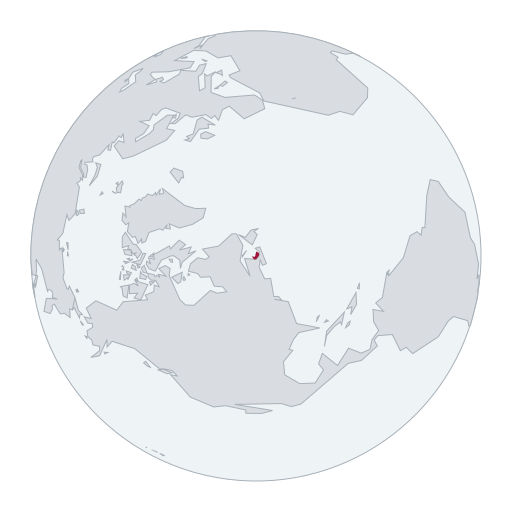 the Earth from above Prince Edward Island, rotated 280°
{"feature_id": "CAN-687", "entity_name": "Prince Edward Island", "entity_type": "Province", "adm_level": 1, "iso_a3": "CAN", "parent_name": "Canada", "parent_adm1": "", "projection": "orthographic", "projection_center": [-63.312, 46.509], "detail": "fine", "context": "on_globe", "style": "filled", "palette": "rose", "viewbox_px": 512, "rotation_deg": 280, "n_neighbors": 0, "source": "natural_earth", "source_scale": "10m", "svg_char_len": 11414}
<svg xmlns="http://www.w3.org/2000/svg" viewBox="0 0 512 512"><g transform="rotate(280 256 256)"><circle cx="256" cy="256" r="225" fill="#eef3f6" stroke="#a8b0b8"/><path d="M227.9,479.5L228.8,479.6L225.7,479.2L224.6,479.1L224.0,477.8L229.1,475.7L230.7,461.1L225.5,456.7L208.1,449.5L187.0,427.2L192.2,419.8L187.8,414.6L202.3,403.9L198.8,389.9L193.7,386.9L188.5,391.1L171.6,378.1L166.2,365.4L118.0,325.9L113.8,317.0L115.1,306.7L106.2,260.8L106.7,299.1L101.9,288.8L99.4,273.5L102.6,272.5L103.3,252.0L100.0,240.6L105.6,215.9L124.2,192.6L124.2,199.3L128.6,193.4L128.9,184.9L128.0,180.8L143.7,152.8L147.0,129.1L140.5,125.2L147.9,123.7L130.5,119.3L127.5,111.0L135.5,118.4L139.9,117.7L140.2,110.8L144.8,108.7L147.5,104.3L153.0,102.5L157.3,107.5L160.9,106.7L160.8,101.9L166.3,97.5L165.8,104.6L175.2,97.9L184.1,106.1L178.4,128.4L187.9,133.1L194.1,156.9L198.2,153.8L203.1,161.5L209.6,160.9L208.9,166.0L214.6,161.3L214.0,156.8L216.4,153.4L220.1,152.8L219.9,158.9L218.0,160.1L219.9,161.7L218.2,165.1L221.1,163.1L220.4,170.9L226.7,162.5L230.8,168.2L228.8,173.6L221.8,173.8L199.7,188.7L195.5,195.1L196.7,203.5L214.2,217.1L212.6,224.2L215.7,233.3L219.9,228.7L219.0,220.1L227.6,214.4L225.4,205.1L228.6,201.6L229.3,192.1L237.0,192.9L244.1,198.9L243.9,207.0L247.0,210.1L253.5,202.1L259.3,217.5L273.7,228.6L274.4,233.0L264.2,241.2L248.2,241.2L235.1,253.7L251.5,245.2L252.8,257.0L256.4,259.0L260.9,258.4L263.5,253.9L265.6,258.1L250.2,267.6L248.0,263.9L252.9,260.8L245.4,261.1L235.0,268.5L236.5,274.3L219.2,280.6L220.1,285.1L216.8,289.2L216.6,281.6L216.6,295.7L196.5,307.7L196.2,331.3L188.0,311.4L179.8,307.2L169.8,304.8L169.5,308.6L156.6,301.4L144.0,304.9L137.9,321.2L141.2,336.3L155.6,342.3L160.6,336.4L171.6,338.2L162.3,355.3L181.3,363.2L178.6,376.4L183.9,384.5L193.8,384.8L203.9,389.8L211.6,383.3L223.7,380.5L223.6,391.2L230.6,382.0L237.2,387.7L261.5,387.7L259.6,390.2L280.1,401.5L302.7,404.1L307.9,410.3L305.2,414.9L313.1,414.7L313.3,417.4L345.1,413.7L361.5,414.3L361.1,422.5L347.5,435.7L335.5,454.1L311.2,464.0L305.2,469.3L286.7,476.6L271.9,477.6L276.5,478.9L268.5,480.2L259.0,480.5L257.7,481.1L250.6,481.0L255.6,481.3L252.4,481.3L227.9,479.5ZM43.1,199.3L44.9,195.5L43.7,200.2L43.1,199.3ZM46.0,191.6L45.4,193.2L45.9,191.6L46.0,191.6ZM46.5,189.4L46.2,191.0L46.3,189.5L46.5,189.4ZM46.9,186.9L46.7,188.1L46.9,186.9ZM194.4,338.7L216.2,352.8L203.2,352.2L205.7,350.7L200.3,345.4L190.1,339.4L178.8,339.1L194.4,338.7ZM48.2,182.0L48.6,180.6L48.6,181.4L48.2,182.0ZM205.5,328.1L201.7,326.6L205.5,327.2L205.5,328.1ZM126.8,179.5L128.4,185.0L126.5,193.7L124.6,189.2L126.8,179.5ZM131.2,163.9L133.2,165.6L128.0,171.3L128.5,168.5L131.2,163.9ZM134.9,123.2L135.3,126.9L133.3,124.1L134.9,123.2ZM146.9,104.0L145.4,103.7L147.5,101.6L146.9,104.0ZM225.0,192.4L227.1,192.3L225.9,194.1L225.0,192.4ZM223.3,188.5L220.4,190.7L219.2,189.2L221.0,187.9L223.3,188.5ZM157.7,97.1L161.6,94.1L158.4,98.0L157.7,97.1ZM227.2,186.2L217.4,186.4L215.3,183.8L220.5,176.7L227.2,186.2ZM164.3,92.9L173.6,85.9L170.9,84.5L183.7,84.9L171.6,90.5L168.1,95.4L167.6,92.6L164.3,92.9ZM212.2,155.7L213.0,160.4L208.9,157.1L212.2,155.7ZM209.0,154.5L192.8,150.1L193.5,143.2L198.8,145.9L196.9,137.8L205.1,136.5L208.0,140.7L206.0,145.3L210.7,141.3L209.0,154.5ZM189.4,86.6L192.3,85.8L190.1,87.6L189.4,86.6ZM217.0,151.8L213.7,151.4L214.0,145.3L220.7,145.0L218.4,147.0L217.0,151.8ZM192.3,136.4L193.7,132.0L200.8,129.7L202.3,127.8L205.4,135.8L192.3,136.4ZM220.3,148.1L224.1,145.1L227.4,147.5L220.2,151.8L220.3,148.1ZM211.3,143.9L211.7,141.0L213.7,142.5L211.3,143.9ZM241.1,154.9L237.1,154.2L237.0,151.0L241.1,154.9ZM225.3,143.8L224.2,143.0L223.7,141.7L226.8,140.3L225.3,143.8ZM210.2,133.8L212.8,133.9L209.3,130.4L214.4,128.7L215.5,134.5L217.2,131.3L218.8,130.9L217.9,136.2L210.2,133.8ZM228.4,135.1L231.6,142.4L239.0,144.1L239.3,147.0L227.3,143.7L228.4,135.1ZM222.3,135.2L226.2,135.8L224.7,138.9L221.1,140.5L222.3,135.2ZM217.6,125.6L209.4,126.6L209.4,125.4L217.6,125.6ZM230.9,135.0L230.1,133.3L231.6,134.7L230.9,135.0ZM222.0,127.7L219.1,128.2L219.2,126.7L222.0,127.7ZM230.9,129.6L231.9,131.9L229.5,132.9L230.9,129.6ZM227.0,128.2L227.9,126.1L228.0,132.0L225.7,128.6L227.0,128.2ZM222.6,126.3L221.7,125.6L223.8,126.3L222.6,126.3ZM239.3,124.5L240.0,131.6L234.8,133.8L234.8,126.6L239.3,124.5ZM430.4,113.5L430.0,113.0L434.0,118.1L436.7,122.9L434.7,121.9L437.8,127.1L442.3,129.5L438.7,124.2L431.3,114.6L432.5,116.0L442.1,129.0L450.7,142.6L458.3,156.9L464.9,171.6L463.4,168.2L452.9,163.1L450.3,159.5L450.0,159.3L449.6,159.0L454.0,165.8L450.4,164.7L461.6,171.1L465.7,177.5L467.0,177.0L472.3,192.9L476.3,209.1L479.2,225.6L480.9,242.2L481.3,259.0L480.4,275.7L478.3,292.3L475.0,308.7L470.5,324.8L470.6,324.4L472.7,316.7L470.3,309.2L471.2,295.1L469.3,293.9L466.0,302.3L463.1,300.9L460.6,305.2L440.8,336.9L431.3,338.3L411.9,327.0L413.0,313.4L407.2,302.9L410.0,236.9L417.3,231.2L427.1,200.3L429.5,198.0L435.7,208.0L448.9,196.5L444.5,184.2L449.2,171.0L447.7,158.9L434.3,141.9L436.7,161.2L429.9,158.6L422.2,137.8L419.0,121.8L416.2,120.3L412.2,125.9L405.3,118.2L410.1,127.7L412.7,126.8L415.8,133.0L413.6,134.2L411.2,131.3L410.4,135.4L421.9,149.0L425.8,149.6L427.5,164.6L434.2,167.3L436.8,173.6L426.6,171.6L422.8,168.0L408.9,171.7L412.9,176.7L426.4,173.8L424.9,176.6L430.5,184.2L425.1,180.7L409.3,183.3L406.8,197.9L414.3,226.6L410.6,235.2L402.6,239.1L389.1,220.6L398.9,203.6L394.3,197.5L383.1,195.6L387.1,190.8L383.7,188.2L386.5,181.9L381.5,168.8L382.9,162.3L372.3,153.4L371.6,149.1L378.1,155.4L383.4,156.6L386.1,141.5L384.0,137.5L376.9,133.2L378.5,129.9L371.2,127.7L368.4,118.2L365.7,128.2L357.2,124.2L350.8,116.9L347.5,117.6L357.9,129.7L362.5,133.0L367.3,132.8L379.4,144.4L380.4,150.5L365.8,145.8L365.6,154.2L354.4,147.5L333.1,117.8L328.6,107.9L339.7,97.2L345.7,100.9L344.8,106.3L353.7,103.9L349.1,102.8L350.5,100.3L342.7,96.5L343.3,94.6L334.8,94.4L334.7,91.7L340.0,91.9L328.4,84.6L325.7,78.8L322.8,78.1L320.4,79.1L318.6,71.5L316.6,71.4L316.3,73.8L312.1,75.2L303.9,75.0L303.7,72.4L306.6,72.1L312.6,67.9L320.4,67.9L319.5,66.9L312.6,66.3L305.4,71.3L300.5,72.0L303.1,69.0L301.8,70.1L299.3,69.7L296.7,66.9L293.4,70.1L266.3,70.5L258.5,65.7L263.8,62.6L244.6,61.8L237.3,57.5L237.2,59.6L227.8,61.3L230.0,62.6L229.2,63.7L206.3,69.9L200.8,69.7L190.7,75.7L190.6,76.9L194.1,77.3L183.7,84.9L170.9,84.5L171.7,81.7L163.1,83.7L166.3,77.3L165.0,73.3L173.5,65.8L171.7,63.7L168.5,64.8L163.6,63.2L164.7,56.8L177.9,56.9L179.1,67.8L179.8,62.6L183.9,62.5L186.7,60.0L186.9,56.8L184.3,57.2L206.1,47.2L214.9,39.9L204.0,42.4L198.4,42.5L198.9,38.9L213.4,34.8L229.3,32.3L245.4,31.0L261.6,30.8L277.7,31.8L293.7,33.9L309.6,37.2L325.1,41.6L340.3,47.1L355.0,53.7L369.3,61.3L383.0,69.9L396.0,79.5L408.3,90.0L419.8,101.3L430.4,113.5ZM416.9,264.1L418.7,267.8L416.9,264.1ZM420.9,111.8L415.6,102.7L408.8,99.9L406.2,96.3L404.8,96.9L408.3,99.8L403.7,100.8L398.1,94.8L394.0,93.3L395.7,96.3L406.7,107.3L413.4,105.7L418.6,110.8L420.9,111.8ZM262.3,387.6L265.2,389.5L261.3,389.7L262.3,387.6ZM201.0,356.7L205.8,357.8L208.2,360.0L204.5,360.0L201.0,356.7ZM241.9,361.4L247.5,362.6L241.5,363.4L241.9,361.4ZM219.7,354.6L237.4,360.8L225.8,363.4L214.7,359.4L222.5,359.3L219.7,354.6ZM202.6,335.0L205.6,336.4L204.5,338.6L202.6,335.0ZM208.3,328.6L207.1,328.6L205.8,326.5L208.3,328.6ZM253.7,256.4L255.0,255.8L259.5,256.2L257.2,258.1L253.7,256.4ZM280.7,246.6L283.5,253.6L279.9,249.7L277.2,253.5L266.3,250.3L274.1,235.0L272.5,242.3L280.7,246.6ZM253.8,242.4L259.9,245.8L252.9,242.8L253.8,242.4ZM362.4,181.4L366.4,180.4L369.7,184.9L367.7,194.4L362.9,187.9L362.4,181.4ZM371.1,178.1L357.2,171.5L357.9,165.7L359.9,170.0L361.7,166.9L365.4,173.0L379.6,174.4L383.4,178.6L377.8,193.2L377.5,185.9L373.7,187.1L371.1,178.1ZM320.5,169.0L314.5,167.2L323.7,156.9L328.3,159.8L326.7,169.1L320.3,171.2L320.5,169.0ZM238.2,174.2L235.3,175.0L235.3,173.1L237.8,171.0L238.2,174.2ZM239.3,154.8L250.9,169.0L248.2,170.6L258.3,177.6L255.0,184.6L248.6,179.6L253.6,190.6L246.5,188.9L250.7,196.0L236.8,184.3L230.6,183.7L238.7,181.7L241.9,175.3L241.4,172.3L235.4,163.5L223.6,159.4L224.9,152.8L228.9,149.3L231.9,149.2L230.2,153.4L235.5,150.4L235.2,156.5L239.3,154.8ZM275.3,117.5L271.9,121.3L282.5,118.3L282.3,123.5L283.6,122.9L286.3,127.0L291.8,131.0L290.6,133.4L293.2,134.0L295.1,136.9L298.3,138.6L297.4,143.6L301.2,146.1L298.6,147.1L305.5,150.2L299.9,150.2L301.8,154.3L306.2,152.1L293.3,177.2L292.2,188.5L294.3,198.2L284.5,197.4L276.3,188.2L270.2,175.6L272.7,165.1L267.8,167.0L267.5,162.6L271.5,163.0L265.2,159.8L266.1,156.4L260.6,146.6L251.1,144.7L248.9,141.3L253.0,140.4L247.9,137.7L254.3,133.7L252.8,131.2L257.7,125.1L266.5,125.0L264.2,122.3L267.8,117.8L275.3,117.5ZM241.0,122.8L251.6,121.0L256.7,123.2L246.2,133.1L246.6,135.8L240.0,142.7L232.8,139.6L235.3,137.8L236.1,135.5L238.1,137.4L237.1,134.1L240.5,131.7L240.7,128.5L244.1,128.8L241.0,122.8ZM427.9,191.6L428.9,189.3L429.6,184.9L433.1,189.9L427.9,191.6ZM417.3,193.6L417.7,190.8L423.0,195.1L421.9,197.8L417.3,193.6ZM413.3,185.8L417.3,190.3L414.4,189.4L413.3,185.8ZM377.9,152.8L377.7,149.8L379.5,150.4L381.7,153.0L377.9,152.8ZM306.7,111.2L304.0,112.7L302.8,111.7L294.8,111.7L294.4,108.0L299.0,106.6L306.7,111.2ZM437.3,147.4L440.4,153.3L439.4,153.9L438.6,151.7L437.3,147.4ZM438.7,172.4L440.5,168.3L439.6,173.8L438.7,172.4ZM304.8,107.3L301.6,107.6L303.4,105.6L304.8,107.3ZM293.6,105.4L294.9,102.9L293.4,107.6L293.6,105.4ZM296.2,79.6L307.8,83.4L315.8,84.4L319.9,82.0L319.2,87.4L306.8,85.8L296.2,79.6ZM270.0,71.7L266.5,74.4L264.7,72.6L265.2,71.7L270.0,71.7ZM270.3,73.8L272.3,78.4L268.1,79.5L267.4,75.6L270.3,73.8ZM289.0,91.9L292.5,93.2L291.0,94.7L289.0,91.9ZM187.1,41.5L185.4,42.1L184.3,42.4L187.1,41.5ZM189.4,40.8L188.6,41.8L178.8,45.0L176.8,45.5L181.3,43.6L186.2,41.9L189.4,40.8ZM185.6,43.1L190.3,41.8L199.1,43.2L198.5,44.4L186.7,44.3L190.5,43.1L190.0,42.4L185.6,43.1ZM191.5,84.5L192.2,85.7L189.9,85.4L191.5,84.5ZM230.6,64.4L229.2,66.0L226.5,65.5L230.6,64.4ZM223.7,70.2L227.7,69.7L223.5,71.3L223.7,70.2ZM236.6,68.5L229.3,70.0L236.1,67.1L236.6,68.5Z" fill="#d9dde1" stroke="#a8b0b8" stroke-width="1"/><path d="M259.5,256.1L259.5,256.3L259.1,256.6L258.9,256.6L258.7,256.6L258.7,256.8L258.3,256.9L258.2,256.9L258.4,257.0L258.2,257.1L258.2,257.3L258.0,257.2L257.9,257.2L258.0,257.2L257.9,257.3L258.0,257.3L258.1,257.5L258.3,257.5L258.2,257.4L258.3,257.5L258.3,257.8L258.2,257.8L258.3,257.9L258.3,258.0L258.1,258.1L257.7,258.1L257.3,258.1L257.1,258.0L257.2,257.9L257.1,257.7L256.9,257.8L256.8,257.7L257.0,257.6L257.2,257.4L257.0,257.5L257.0,257.4L257.0,257.2L256.9,257.2L256.9,257.3L256.7,257.2L256.7,256.9L256.9,256.8L256.9,256.7L256.8,256.8L256.7,256.8L256.5,257.0L256.4,257.0L256.3,256.9L256.4,257.1L256.2,257.2L256.3,257.2L256.5,257.2L256.4,257.3L256.2,257.4L255.9,257.3L255.7,257.3L255.7,257.2L255.4,257.2L255.2,257.1L254.9,256.9L254.7,256.7L254.8,256.6L254.8,256.4L254.6,256.4L254.4,256.4L254.2,256.4L253.9,256.4L253.8,256.2L253.8,255.9L254.0,255.8L254.0,255.7L253.9,255.7L253.7,255.6L253.3,255.5L253.2,255.5L253.0,255.3L253.1,255.1L253.3,254.9L253.4,254.7L253.5,254.6L253.5,254.4L253.7,254.2L254.0,254.0L254.2,253.8L254.2,254.0L254.2,254.3L254.2,254.5L254.0,254.8L253.9,254.8L254.0,255.0L254.3,255.2L254.3,255.3L254.5,255.5L254.4,255.6L254.5,255.6L254.5,255.9L254.4,256.0L254.5,256.0L254.9,256.3L255.0,256.2L254.9,256.1L254.9,255.9L255.0,255.8L255.4,255.9L255.5,255.9L255.5,256.0L255.8,256.0L256.0,256.1L256.1,256.3L256.3,256.4L256.6,256.3L257.0,256.3L257.3,256.3L257.5,256.2L258.0,256.3L257.7,256.2L257.9,256.2L258.0,256.1L258.6,256.1L258.8,256.1L259.1,256.1L259.3,256.1L259.5,256.1Z" fill="#f43f5e" stroke="#9f1239" stroke-width="1.5"/></g></svg>